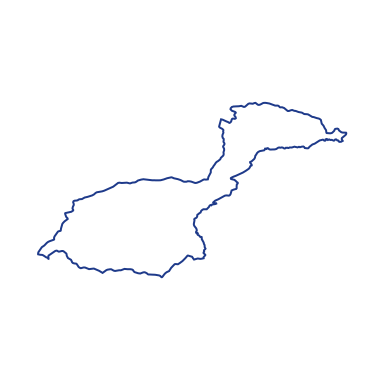 Pueblorrico, Antioquia, Colombia, rotated 83°
{"feature_id": "7082276B28437214544786", "entity_name": "Pueblorrico", "entity_type": "district", "adm_level": 2, "iso_a3": "COL", "parent_name": "Colombia", "parent_adm1": "Antioquia", "projection": "robinson", "projection_center": [-75.868, 5.82], "detail": "fine", "context": "isolated", "style": "outline", "palette": "blue", "viewbox_px": 384, "rotation_deg": 83, "n_neighbors": 0, "source": "geoboundaries", "source_scale": "gbopen_adm2", "svg_char_len": 6036}
<svg xmlns="http://www.w3.org/2000/svg" viewBox="0 0 384 384"><g transform="rotate(83 192 192)"><path d="M159.6,36.2L158.1,36.9L157.0,36.8L156.6,36.5L154.3,32.9L153.6,32.1L152.9,31.8L152.3,31.7L151.9,31.9L151.3,35.6L150.7,36.7L148.8,38.6L147.3,39.1L146.8,40.0L146.8,41.7L146.9,42.2L147.2,42.6L148.6,43.4L150.2,45.5L150.5,46.1L150.6,47.7L149.9,51.1L149.7,51.3L149.2,51.4L147.0,51.4L144.6,52.6L142.2,53.4L140.0,54.9L136.2,55.3L135.5,55.9L134.6,57.1L133.8,59.3L132.5,62.0L132.1,63.5L129.2,67.2L128.8,68.4L128.3,71.1L126.6,73.3L125.6,76.5L124.2,79.2L123.9,80.5L122.8,82.6L122.9,83.8L123.4,86.0L123.2,87.2L119.9,90.3L118.9,92.2L118.7,94.2L118.5,94.5L117.1,95.6L116.7,96.3L116.4,98.9L113.6,104.4L112.5,108.0L112.3,110.0L112.4,110.7L113.5,113.5L113.7,114.7L113.6,115.5L113.3,116.1L111.3,118.1L111.3,119.2L111.8,120.9L111.1,124.0L111.3,125.3L113.7,128.8L113.9,129.6L113.8,130.3L112.5,132.6L112.6,134.9L112.2,140.4L112.5,142.1L113.6,143.4L114.6,143.7L116.2,142.5L117.7,139.6L118.3,139.0L118.7,138.9L119.4,139.7L120.3,140.5L120.8,140.6L121.3,140.6L123.0,139.6L124.1,139.5L124.4,139.9L124.6,140.6L124.1,142.4L124.3,143.2L125.2,143.9L126.9,144.6L127.6,145.5L128.0,146.2L127.9,146.6L126.9,147.8L126.3,149.0L124.0,152.7L123.4,154.3L130.3,157.1L131.0,156.9L131.7,156.2L133.0,154.3L133.8,153.6L134.4,153.3L135.7,153.7L137.0,153.6L138.9,154.7L140.4,155.1L142.0,154.9L143.1,154.1L144.4,154.2L145.8,154.6L146.2,154.6L147.6,153.9L148.1,153.9L148.8,154.1L150.4,155.5L150.9,155.6L151.7,155.4L152.7,154.9L153.3,154.9L154.4,155.0L156.4,155.9L157.7,155.9L158.9,156.1L159.7,156.6L161.6,159.2L163.0,160.0L164.5,162.4L165.1,163.8L165.9,164.8L167.6,166.2L168.8,167.4L170.2,168.4L171.7,170.2L172.3,170.6L174.9,171.0L179.1,173.9L181.4,174.7L181.4,176.7L181.0,178.4L181.2,179.3L182.6,182.7L183.4,185.9L183.5,187.2L183.3,188.1L181.6,191.5L181.1,193.1L180.8,194.8L181.1,196.2L180.9,198.4L180.6,199.2L178.8,201.8L177.5,204.5L176.2,208.2L175.1,210.1L174.9,210.8L175.3,215.0L176.1,218.6L176.5,221.6L176.4,223.4L175.5,230.1L173.4,238.7L173.5,240.9L174.0,244.2L175.1,246.2L175.5,247.5L175.4,250.0L175.9,252.4L175.8,252.9L174.8,255.5L174.5,260.6L173.9,263.0L174.0,264.3L177.1,269.5L180.0,279.0L180.4,281.1L180.7,286.6L181.2,287.8L182.4,289.5L183.2,291.4L184.1,296.2L184.4,299.2L185.6,302.1L185.5,304.3L185.7,305.5L186.3,306.5L186.4,307.5L186.3,309.5L186.5,310.3L186.7,310.7L187.6,311.2L189.1,310.9L190.4,310.9L192.1,312.0L193.3,312.5L194.0,312.6L195.2,312.1L195.9,312.2L196.9,314.1L197.5,320.3L198.1,320.6L200.5,320.1L201.5,319.8L203.0,318.7L203.7,318.7L205.6,322.1L207.1,323.9L207.9,324.6L212.4,326.5L214.3,327.0L214.5,327.2L214.8,329.5L215.1,330.0L219.4,333.9L220.7,334.5L222.2,334.6L222.5,334.9L223.5,339.4L224.0,340.9L224.8,342.3L227.1,345.1L228.5,347.8L232.9,351.7L234.0,352.2L235.1,352.3L235.8,350.3L236.2,348.3L236.8,347.3L239.2,344.5L239.6,343.3L240.4,343.0L240.7,342.8L240.8,342.6L240.2,342.4L239.0,342.6L237.6,342.1L233.9,335.0L233.7,334.0L233.8,333.2L234.9,331.7L235.0,331.0L234.7,328.4L234.8,327.4L235.3,326.6L237.6,324.4L238.2,324.1L239.9,324.1L242.4,323.2L244.5,320.4L245.2,320.1L247.2,319.5L248.0,318.8L248.5,317.7L249.0,315.7L249.6,315.1L252.7,313.6L253.5,312.7L254.1,311.6L253.7,309.0L253.8,308.0L254.0,307.2L256.0,303.6L256.0,299.6L256.1,298.6L258.9,293.8L261.4,290.6L259.1,286.5L258.8,285.3L258.7,282.6L258.9,281.5L260.5,279.3L261.0,278.0L260.8,273.8L261.0,272.0L260.1,268.4L260.7,265.7L261.1,262.7L261.6,261.0L262.3,260.1L263.6,259.5L264.5,258.8L266.1,255.3L266.6,253.3L265.9,250.5L265.8,249.3L266.1,248.3L267.1,246.8L268.1,246.0L268.5,245.4L269.7,238.5L270.8,234.8L271.4,233.8L272.8,232.7L272.9,232.3L272.8,232.0L272.2,231.3L270.4,229.6L269.3,228.3L268.5,226.9L267.7,224.4L264.7,221.9L261.6,218.1L261.5,217.5L261.6,216.6L262.0,214.8L261.1,212.9L259.4,209.9L256.8,206.6L254.8,204.4L254.6,204.1L254.6,203.7L256.3,199.8L258.0,199.0L259.3,198.2L258.7,194.4L259.4,191.9L259.4,190.5L259.2,188.6L258.6,188.7L258.1,188.4L256.3,186.5L255.8,186.5L254.2,187.9L253.9,188.0L253.3,187.8L252.8,187.2L251.9,187.3L251.1,187.0L250.3,185.8L249.8,185.5L248.4,186.1L246.2,186.0L244.9,186.5L243.5,186.6L241.9,187.3L241.3,187.4L240.4,188.0L237.9,187.9L237.8,188.0L237.9,188.6L237.6,189.3L236.2,190.1L235.2,191.5L234.8,191.7L234.2,191.9L233.7,191.3L233.4,191.5L233.0,192.0L233.0,192.8L232.8,192.9L232.0,192.8L230.9,192.0L230.4,191.9L228.7,192.2L226.0,193.8L225.0,194.1L224.0,194.1L220.5,193.0L219.3,193.1L218.8,192.6L218.2,191.0L217.8,190.4L216.8,189.8L215.5,189.6L215.1,189.3L214.7,188.3L214.0,187.4L213.4,186.0L212.0,185.3L211.2,184.3L210.5,182.8L210.9,179.5L208.8,176.9L207.8,176.3L207.3,175.5L207.2,175.1L207.6,174.4L206.9,173.6L206.8,170.5L206.5,169.3L206.3,169.3L206.1,169.4L205.8,170.9L205.4,171.7L205.0,172.2L204.8,172.1L203.4,170.0L202.4,166.7L199.9,160.5L199.6,159.6L199.6,158.1L200.1,155.8L199.8,154.9L198.8,154.0L195.3,152.5L194.7,150.4L194.3,147.7L193.6,147.2L191.7,147.0L189.9,146.6L189.3,145.8L188.9,145.5L188.3,145.5L187.6,146.3L186.4,147.2L185.1,148.4L183.9,151.6L183.3,151.8L182.9,151.7L182.5,150.9L181.8,148.8L181.3,146.6L178.9,139.1L177.6,136.2L175.9,132.9L175.1,132.0L173.1,130.6L173.0,129.7L172.6,129.4L171.8,129.6L170.0,130.7L169.4,130.7L168.8,129.1L166.8,126.2L165.5,125.3L163.7,124.7L162.6,123.6L161.5,122.9L160.3,121.4L159.7,119.7L159.4,115.3L158.6,114.4L157.9,114.2L157.9,113.4L158.2,113.3L158.4,112.7L157.8,112.2L157.7,111.5L158.1,110.9L158.9,110.3L159.4,109.3L159.8,104.6L159.6,103.1L158.6,101.2L158.4,100.1L158.8,99.1L158.7,97.5L159.0,96.5L160.0,95.2L160.1,94.7L160.1,94.3L159.5,93.3L159.7,92.8L159.7,91.8L160.0,91.4L160.1,90.7L159.7,89.7L160.0,87.5L159.5,84.8L160.6,81.8L160.2,80.3L160.7,79.4L160.4,77.6L160.4,76.0L161.0,75.2L162.1,74.7L162.7,72.3L162.7,71.2L161.4,69.8L159.5,66.7L159.0,64.4L156.4,59.0L156.0,55.7L156.3,55.2L157.2,54.4L157.3,53.6L156.9,53.0L156.0,52.9L155.8,51.8L156.2,51.2L156.7,51.2L157.0,50.8L156.6,49.9L156.6,49.2L157.2,48.5L157.3,46.9L158.3,45.1L158.2,44.4L157.4,43.6L157.3,42.7L157.5,42.3L158.6,41.4L158.7,40.6L158.9,40.4L159.9,40.0L160.2,39.5L160.3,37.9L159.6,36.2Z" fill="none" stroke="#1e3a8a" stroke-width="2"/></g></svg>